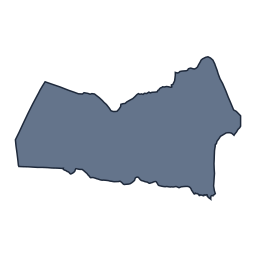 Dogiyai, Papua, Indonesia (Equal Earth projection)
{"feature_id": "22746128B76462588476684", "entity_name": "Dogiyai", "entity_type": "district", "adm_level": 2, "iso_a3": "IDN", "parent_name": "Indonesia", "parent_adm1": "Papua", "projection": "equal_earth", "projection_center": [135.829, -3.999], "detail": "fine", "context": "isolated", "style": "filled", "palette": "slate", "viewbox_px": 256, "rotation_deg": 0, "n_neighbors": 0, "source": "geoboundaries", "source_scale": "gbopen_adm2", "svg_char_len": 5181}
<svg xmlns="http://www.w3.org/2000/svg" viewBox="0 0 256 256"><path d="M240.6,126.2L240.6,122.4L240.6,121.4L240.6,115.8L236.5,111.6L236.3,111.4L233.6,109.9L230.7,102.9L228.2,97.1L226.0,91.4L225.8,90.9L222.6,83.5L220.0,78.8L218.1,73.7L217.1,70.3L215.1,65.0L214.9,64.2L212.9,60.1L212.1,59.4L211.3,58.7L210.5,58.0L209.0,57.3L208.0,56.8L205.7,57.3L204.5,57.9L202.7,58.8L202.3,59.1L201.2,60.0L199.9,62.5L198.6,64.7L197.4,67.1L195.8,68.4L194.3,69.0L192.8,68.7L190.8,68.1L189.4,68.4L188.4,68.8L187.5,70.3L186.0,70.8L184.3,70.9L182.0,71.1L179.9,71.5L178.9,72.5L177.3,73.0L175.3,72.4L175.3,75.2L175.0,78.0L174.6,80.9L173.5,83.1L172.8,84.5L171.4,84.9L171.5,86.0L171.8,86.5L171.7,87.1L170.7,87.3L168.2,86.7L166.4,86.5L164.4,87.0L162.5,86.8L161.6,87.6L160.5,87.9L159.4,88.9L159.0,89.8L157.9,90.4L157.2,91.8L155.4,92.1L152.0,92.3L150.3,92.9L148.9,92.1L148.0,92.7L146.8,93.5L144.4,93.3L143.1,94.4L141.5,93.9L139.8,94.3L138.4,93.6L136.8,94.7L135.0,96.6L132.8,98.6L130.0,100.1L126.8,101.9L125.2,103.4L123.0,103.7L120.9,104.3L120.6,106.7L119.0,109.1L117.0,111.3L115.3,111.5L113.1,111.5L110.9,110.7L109.3,108.2L106.4,104.5L104.0,102.4L102.4,100.6L99.4,97.8L94.5,94.0L91.8,93.6L90.1,94.2L87.9,93.4L84.0,92.7L82.5,94.0L78.4,93.8L74.4,92.3L68.6,90.3L60.2,87.0L53.2,84.6L45.1,81.8L42.7,85.6L40.1,90.0L38.2,93.8L38.2,93.7L32.8,103.8L28.1,113.2L22.9,124.1L19.1,132.3L15.9,138.8L15.4,139.8L16.0,145.9L17.0,153.1L17.9,160.5L18.4,165.3L18.9,166.5L23.2,166.7L28.1,166.8L32.8,167.1L37.7,167.4L42.5,167.4L47.4,167.6L52.3,168.0L57.0,168.1L61.8,168.4L63.3,168.3L63.2,168.6L63.2,168.9L63.2,169.2L63.3,169.4L64.2,169.9L65.3,170.4L66.2,170.7L66.7,171.1L67.3,171.6L68.0,171.7L68.5,171.9L69.0,172.4L69.8,173.3L70.4,173.9L71.0,173.9L72.3,173.3L73.4,172.6L74.4,171.7L74.9,171.0L75.3,169.7L75.6,169.0L75.9,168.7L76.3,168.7L77.1,168.9L78.2,169.1L79.2,169.3L80.4,169.4L81.7,169.4L82.4,169.5L82.9,170.0L83.9,170.8L84.7,171.5L85.8,172.5L87.0,173.5L88.0,174.9L89.4,176.3L89.9,177.1L90.6,177.7L91.5,177.6L92.5,177.5L93.4,177.6L94.7,178.0L95.7,178.3L96.6,178.7L98.2,179.1L100.2,179.8L101.0,180.0L102.3,180.2L103.1,180.1L103.4,180.1L104.7,180.2L106.6,180.4L108.4,180.6L110.1,181.1L111.8,181.3L113.2,181.6L114.7,181.7L116.9,181.6L118.3,181.6L119.5,181.3L120.2,181.3L121.2,182.0L122.2,182.9L123.0,183.8L123.7,184.3L124.3,184.5L125.0,184.4L126.0,184.3L127.3,184.2L128.6,184.1L130.2,183.7L131.8,182.7L133.2,181.6L134.5,180.4L134.9,179.1L135.3,178.0L135.6,177.7L136.6,177.2L137.5,177.1L137.8,177.2L138.4,177.4L139.2,178.3L139.7,179.0L140.3,179.7L141.2,180.4L142.0,180.7L143.4,181.0L144.7,181.6L146.1,181.9L147.5,182.2L148.8,183.1L149.9,183.3L150.6,182.9L151.7,182.7L152.6,182.4L152.9,182.3L153.1,182.1L153.5,181.9L154.3,181.7L155.7,181.5L156.4,181.9L157.0,182.9L157.7,184.1L158.2,185.0L158.9,185.5L160.4,185.9L161.3,186.1L161.6,186.2L163.9,186.6L165.4,186.7L166.3,186.5L167.5,186.6L169.2,186.9L169.5,186.9L170.6,187.0L171.6,186.8L173.0,187.0L173.8,186.9L175.3,186.6L176.0,186.5L177.3,186.9L177.9,187.2L178.5,187.5L179.0,187.7L179.4,187.6L180.6,187.0L181.1,186.9L181.5,186.7L182.5,186.7L184.0,186.5L184.3,186.5L185.8,186.4L187.6,186.4L189.1,186.8L190.2,187.6L191.2,189.1L191.3,189.7L191.4,189.8L191.5,190.0L191.7,190.4L191.9,190.6L192.1,190.9L192.3,191.2L192.6,191.7L192.7,191.8L192.9,192.1L193.2,192.6L193.4,192.8L193.6,193.2L193.8,193.6L194.1,193.9L194.3,194.0L194.5,194.0L194.8,193.9L194.9,193.7L195.1,193.2L195.3,193.1L195.5,193.2L195.8,193.5L196.1,193.6L196.3,193.6L196.6,193.6L196.9,193.5L197.1,193.5L197.3,193.6L197.5,193.7L197.7,193.8L197.9,194.0L198.1,194.1L198.5,194.3L198.9,194.7L199.0,195.2L199.1,195.4L199.2,195.5L199.3,195.5L199.7,195.5L199.8,195.4L199.8,195.1L199.9,194.9L200.0,194.8L200.4,194.9L200.8,195.1L201.0,195.1L201.3,195.1L201.6,195.1L202.0,195.2L202.4,195.3L202.6,195.4L202.8,195.6L203.0,195.7L203.4,195.8L203.7,195.7L203.8,195.7L204.0,195.6L204.0,195.3L204.0,195.2L204.0,194.9L204.4,194.8L204.6,194.8L204.9,194.8L205.1,194.9L205.3,195.0L205.6,195.1L205.8,195.2L206.0,195.1L206.2,194.8L206.5,194.7L206.8,194.7L207.0,194.8L207.3,195.0L207.4,195.4L207.4,195.5L207.3,195.8L207.3,196.0L207.3,196.3L207.5,196.5L207.9,196.9L208.0,197.0L208.3,197.2L208.7,197.6L209.2,198.1L209.4,198.3L209.5,198.4L209.8,198.5L210.1,198.6L210.4,198.8L210.5,198.9L210.8,199.2L210.8,198.9L210.6,198.8L210.5,198.4L210.4,198.3L210.5,198.0L210.5,197.9L210.8,197.6L210.8,197.3L210.8,197.0L210.8,196.8L210.9,196.5L211.0,196.3L211.1,196.1L211.2,195.9L211.3,195.8L211.4,195.7L211.5,195.6L211.8,195.6L212.0,195.6L212.3,195.6L212.5,195.7L212.8,195.8L212.8,195.7L213.0,195.6L213.1,195.4L213.3,195.2L213.5,195.0L213.7,194.9L213.8,194.9L214.0,194.8L214.1,194.7L214.3,194.6L214.5,194.5L214.6,194.4L214.7,194.2L214.8,194.0L215.0,193.9L215.2,193.7L215.3,193.6L214.4,190.8L213.6,186.0L213.9,182.1L214.2,177.4L214.5,173.4L214.2,169.1L214.0,163.7L214.2,159.3L214.3,155.6L214.4,153.6L214.5,150.8L214.6,150.0L214.8,148.6L215.0,147.5L215.2,146.3L215.2,145.8L215.2,145.0L215.5,144.3L216.1,144.0L216.5,143.3L216.9,141.4L218.7,139.0L220.5,136.3L222.9,134.9L226.2,132.9L227.9,132.7L229.6,132.7L231.6,133.2L232.8,134.2L233.5,134.8L234.0,135.3L234.6,134.3L236.6,131.8L237.9,129.5L239.7,127.7L240.6,126.2Z" fill="#64748b" stroke="#1e293b" stroke-width="1.5"/></svg>